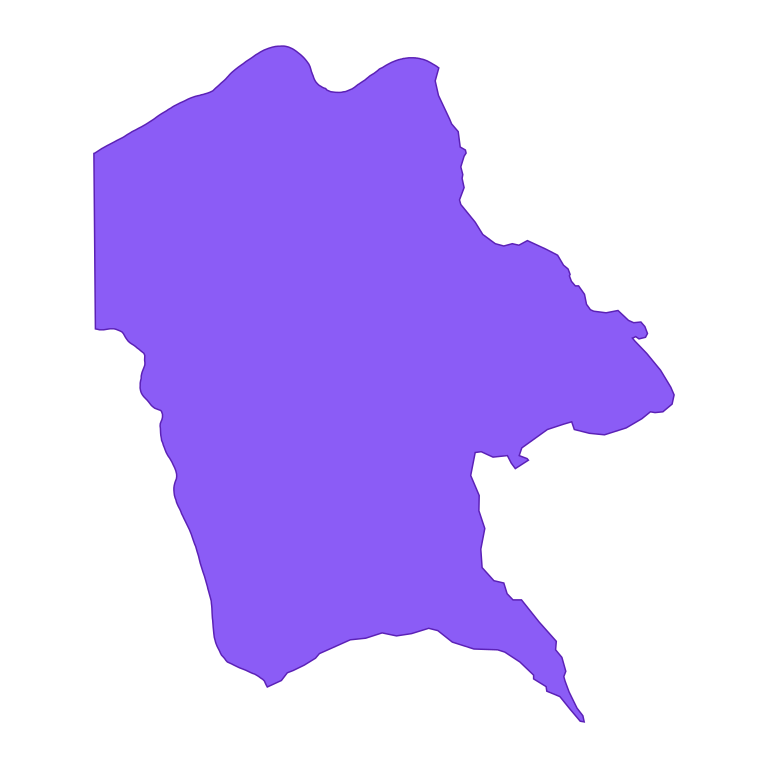 outline of Honeymoon Beach, Saint Lucia
{"feature_id": "8701671B64660107039204", "entity_name": "Honeymoon Beach", "entity_type": "district", "adm_level": 2, "iso_a3": "LCA", "parent_name": "Saint Lucia", "parent_adm1": "", "projection": "natural_earth1", "projection_center": [-60.906, 13.777], "detail": "fine", "context": "isolated", "style": "filled", "palette": "violet", "viewbox_px": 768, "rotation_deg": 0, "n_neighbors": 0, "source": "geoboundaries", "source_scale": "gbopen_adm2", "svg_char_len": 5953}
<svg xmlns="http://www.w3.org/2000/svg" viewBox="0 0 768 768"><path d="M93.9,153.4L95.4,328.9L97.5,329.3L99.6,329.8L101.6,329.8L103.7,329.8L107.9,329.1L110.0,328.8L112.0,328.8L114.0,328.8L116.0,329.3L120.0,330.9L121.9,331.9L123.4,333.6L124.5,335.6L125.6,337.6L127.0,339.6L128.3,341.3L130.0,342.8L131.6,343.9L133.6,345.1L135.5,346.5L137.2,348.0L138.9,349.2L140.5,350.6L143.9,353.3L144.8,355.5L144.7,357.8L144.6,360.1L144.9,362.4L144.9,363.8L144.8,365.1L144.1,367.1L143.1,369.6L142.1,372.2L141.7,373.7L141.2,376.1L141.2,378.4L140.6,380.7L140.2,383.0L140.2,385.5L140.1,388.0L140.5,390.3L141.0,392.1L141.5,393.3L142.3,394.7L143.6,396.5L145.5,398.5L147.1,400.1L148.6,401.9L150.0,403.7L151.4,405.5L153.0,406.9L154.7,408.2L158.6,409.7L160.6,410.4L161.5,411.4L162.5,414.3L162.5,417.1L161.9,419.7L161.2,421.2L160.3,423.6L160.1,426.0L160.4,428.3L160.6,433.0L160.8,435.3L161.3,438.0L161.6,440.4L162.7,442.9L163.3,445.1L164.2,447.3L165.2,450.0L166.1,452.3L167.2,454.4L168.3,456.3L169.7,458.2L172.0,462.2L173.0,464.4L174.8,468.1L175.8,470.8L176.6,474.0L176.7,476.5L176.4,478.8L175.5,481.0L174.8,483.1L174.2,485.6L173.9,487.9L173.9,490.2L174.1,492.7L174.4,495.2L175.1,497.8L175.9,499.8L176.5,502.2L177.4,504.4L178.4,506.6L179.8,509.2L180.8,511.4L181.6,513.7L182.8,516.0L183.8,518.2L184.9,520.4L189.4,529.6L191.3,534.3L192.1,536.7L193.0,539.4L194.7,544.2L195.7,546.5L197.1,551.5L197.7,553.4L198.5,556.0L200.2,563.0L200.9,565.3L203.0,572.0L204.5,576.3L205.3,579.1L207.4,586.5L207.9,588.8L208.6,591.2L209.9,596.0L210.4,597.8L211.2,600.9L211.4,603.4L211.7,605.8L211.9,608.2L212.0,610.5L212.1,613.1L212.4,618.1L212.7,620.4L213.2,627.2L213.5,630.2L213.8,633.3L214.3,637.4L215.1,640.3L215.5,642.0L216.0,643.5L216.6,645.0L217.2,646.5L219.5,650.9L220.4,653.0L221.5,655.1L223.1,656.8L224.6,658.5L225.9,660.4L227.4,662.0L231.8,664.0L233.7,665.0L237.4,666.8L239.5,667.8L245.5,670.1L249.3,671.9L251.2,672.8L253.1,673.6L254.5,674.0L257.1,675.5L258.7,676.5L259.5,677.1L260.8,678.1L262.8,679.4L264.4,681.0L265.3,683.1L266.2,685.0L267.3,687.0L281.4,680.5L287.3,672.8L293.2,670.5L304.3,665.1L315.5,658.2L319.4,653.6L350.3,639.8L365.7,638.2L382.1,632.9L396.5,635.9L411.6,633.6L428.7,628.3L437.8,630.6L452.3,642.1L473.9,649.0L497.6,649.8L504.8,652.1L519.9,662.0L533.6,675.1L533.6,678.9L546.1,686.6L546.8,691.2L559.9,696.6L570.4,709.6L580.2,721.2L584.2,721.9L582.9,715.8L577.0,708.1L569.1,692.0L565.1,681.2L563.8,676.6L565.8,671.3L561.9,657.4L555.6,649.8L556.3,641.3L539.2,622.1L521.5,599.9L513.0,599.9L507.1,593.7L503.8,583.0L493.9,580.7L482.1,567.6L480.8,549.2L484.8,528.5L478.9,510.8L479.2,495.5L470.7,475.5L475.2,452.5L481.2,451.7L493.0,457.1L507.4,455.6L511.3,463.2L515.3,468.6L528.4,460.2L527.1,458.6L519.2,455.6L521.8,447.9L547.4,429.5L563.8,424.1L571.7,421.8L574.3,429.5L589.4,433.3L604.5,434.8L626.2,427.9L641.9,418.7L650.4,411.8L655.0,412.6L662.9,411.8L672.1,404.1L674.1,394.9L670.8,387.2L660.6,370.3L646.8,353.5L635.0,341.2L632.4,338.1L634.4,337.3L635.7,336.6L639.0,338.9L645.5,337.3L647.5,333.5L644.9,326.6L640.9,322.0L633.7,322.7L628.5,320.4L618.0,310.5L606.1,312.8L593.7,311.2L590.4,309.7L586.5,304.3L584.5,294.3L578.6,285.9L575.3,285.9L571.4,281.3L569.4,275.9L570.1,274.4L568.1,269.0L563.5,265.2L557.6,255.2L545.8,249.1L527.4,240.6L518.9,245.2L512.3,243.7L503.8,246.0L495.3,243.7L482.8,234.5L475.2,222.2L460.8,204.5L459.5,199.9L464.1,187.6L462.1,178.4L462.8,174.6L460.8,166.9L464.1,156.2L466.1,153.1L465.4,150.0L460.2,147.0L458.2,131.6L451.6,123.9L449.7,119.3L438.5,95.5L435.2,80.9L438.8,67.9L437.5,67.0L436.8,66.4L434.5,65.0L432.9,64.1L432.1,63.6L430.4,62.6L429.6,62.2L427.2,60.9L424.6,59.9L422.8,59.3L422.0,59.2L420.8,58.9L419.0,58.4L418.0,58.3L417.2,58.1L416.3,58.1L415.5,57.9L414.6,57.9L413.7,57.8L412.9,57.8L412.0,57.8L409.0,57.8L405.1,58.3L404.3,58.5L403.3,58.5L401.5,59.1L400.6,59.2L399.7,59.5L398.9,59.6L397.2,60.2L396.3,60.5L394.7,61.1L392.8,61.9L392.0,62.2L390.4,63.0L387.9,64.3L385.9,65.4L382.4,67.6L380.0,68.7L379.2,69.2L378.4,69.9L377.8,70.5L374.0,73.4L372.1,74.5L371.2,75.1L370.3,75.6L369.5,76.2L368.0,77.5L367.2,78.1L365.1,79.9L364.4,80.4L363.6,80.9L362.8,81.4L360.4,83.0L359.0,84.0L358.2,84.4L356.8,85.5L354.4,87.4L353.6,87.9L352.1,88.9L351.3,89.2L348.0,90.6L345.5,91.6L343.0,91.9L342.1,92.2L341.1,92.3L340.3,92.4L338.1,92.4L335.4,92.3L334.5,92.2L330.7,91.7L327.2,90.2L326.5,89.6L325.9,88.8L325.1,88.3L324.1,88.1L322.4,87.3L321.0,86.4L320.1,85.9L319.4,85.5L318.6,84.9L317.2,83.5L316.6,82.8L315.9,82.0L315.4,81.2L314.9,80.4L314.0,78.5L313.7,77.7L313.1,75.8L312.2,73.7L311.9,72.7L311.5,71.8L311.2,70.8L311.0,69.9L310.3,67.6L310.0,66.6L309.1,64.7L308.7,63.9L306.5,60.9L305.2,59.3L303.6,57.5L301.3,55.3L300.6,54.7L299.6,53.9L297.3,52.1L296.6,51.5L295.0,50.4L294.3,49.9L292.7,48.9L291.9,48.5L288.7,47.1L286.0,46.4L284.1,46.1L283.3,46.1L281.0,46.1L280.2,46.2L278.3,46.2L276.2,46.4L275.3,46.5L274.4,46.7L273.6,46.9L272.5,47.1L268.6,48.3L265.8,49.4L264.0,50.1L260.6,51.9L259.6,52.5L257.6,53.8L256.8,54.2L255.8,54.8L252.8,57.0L252.1,57.5L251.4,58.0L246.0,61.5L243.1,63.8L242.3,64.3L238.5,67.0L235.3,69.5L232.2,72.1L230.7,73.5L229.3,75.0L228.7,75.7L228.1,76.4L227.4,77.1L226.0,78.7L224.5,80.2L223.0,81.5L220.9,83.3L220.0,84.2L218.4,85.7L216.2,87.6L215.5,88.2L213.4,90.3L212.7,90.9L210.0,92.2L207.3,93.2L204.5,94.0L203.7,94.3L202.9,94.5L201.8,94.7L201.0,94.9L200.0,95.3L199.1,95.5L198.0,95.7L195.2,96.4L193.2,97.1L191.5,97.7L190.7,98.0L188.1,99.1L184.6,100.9L181.3,102.4L180.5,102.7L178.2,103.9L176.4,104.8L175.5,105.3L174.6,105.7L172.2,107.1L171.5,107.7L168.3,109.5L166.8,110.6L164.8,111.8L162.9,112.9L161.4,113.8L159.7,114.9L157.5,116.4L156.0,117.5L154.6,118.6L153.0,119.7L146.0,124.2L144.3,125.2L143.2,125.8L141.7,126.7L140.5,127.3L138.7,128.2L135.3,130.1L134.4,130.5L132.0,131.7L130.5,132.7L129.0,133.6L127.4,134.5L124.3,136.6L122.6,137.6L119.8,139.0L118.0,139.9L116.8,140.5L114.3,141.9L109.5,144.4L108.6,144.9L107.7,145.3L105.2,146.7L103.4,147.7L102.7,148.1L101.9,148.5L96.4,152.1L94.8,153.1L93.9,153.4Z" fill="#8b5cf6" stroke="#5b21b6" stroke-width="1.5"/></svg>